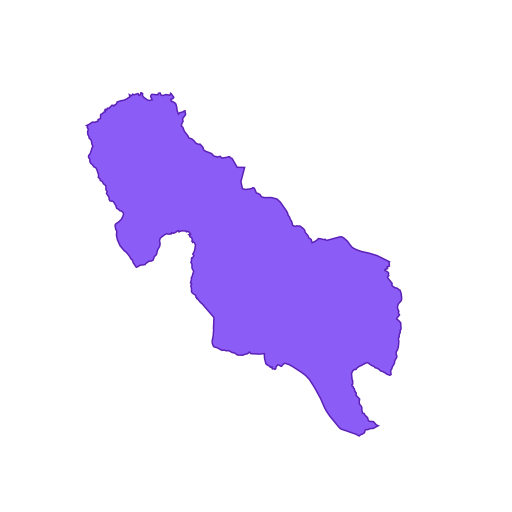 Chimbo, Bolivar, Ecuador (Albers equal-area conic projection), rotated 231°
{"feature_id": "8360857B60997464812695", "entity_name": "Chimbo", "entity_type": "district", "adm_level": 2, "iso_a3": "ECU", "parent_name": "Ecuador", "parent_adm1": "Bolivar", "projection": "albers", "projection_center": [-79.114, -1.677], "detail": "fine", "context": "isolated", "style": "filled", "palette": "violet", "viewbox_px": 512, "rotation_deg": 231, "n_neighbors": 0, "source": "geoboundaries", "source_scale": "gbopen_adm2", "svg_char_len": 6099}
<svg xmlns="http://www.w3.org/2000/svg" viewBox="0 0 512 512"><g transform="rotate(231 256 256)"><path d="M47.2,244.2L49.0,243.2L53.3,243.1L56.3,240.0L58.0,240.0L60.3,241.0L63.6,240.5L65.6,240.9L66.5,240.1L67.0,240.1L69.1,241.0L71.7,242.9L73.0,243.3L75.5,243.2L76.4,243.6L77.7,244.4L79.6,246.5L85.0,246.1L85.7,247.2L86.8,247.8L87.8,247.5L88.4,248.0L89.0,247.8L91.0,248.9L91.6,248.7L93.2,249.2L95.0,249.0L95.5,249.4L95.6,250.7L96.9,251.4L97.5,252.2L100.1,253.3L104.6,256.3L105.8,258.8L106.0,260.8L104.9,262.3L105.4,263.6L105.3,266.6L104.5,269.5L104.3,271.8L103.9,272.2L103.9,273.7L102.8,275.7L98.3,276.9L95.9,278.2L94.2,278.3L92.5,279.5L90.2,280.4L88.4,280.4L87.5,281.2L84.4,282.6L81.9,283.3L79.0,285.0L78.9,286.4L82.2,288.5L82.7,290.1L84.4,292.9L84.9,294.8L85.7,296.3L87.1,297.6L88.7,301.6L89.5,302.4L92.0,303.5L93.2,304.5L94.0,306.8L95.7,309.3L99.5,313.1L102.4,314.8L103.0,316.4L104.4,317.4L106.1,320.3L107.3,320.9L107.9,322.7L113.0,326.4L115.9,326.3L118.5,325.7L119.1,326.7L119.9,330.5L122.0,330.7L123.2,332.2L126.6,333.2L128.4,335.0L129.3,337.0L129.8,340.5L130.8,342.0L131.9,342.9L135.5,345.2L138.7,346.4L139.4,346.0L141.8,345.6L144.2,343.9L147.0,343.1L147.7,343.2L148.9,344.4L149.6,344.6L155.6,344.6L156.8,344.9L157.1,345.3L157.1,346.8L158.7,347.4L159.2,348.3L160.6,348.3L163.8,347.1L164.3,347.7L163.4,350.3L164.5,350.6L165.1,351.1L164.2,352.6L164.3,353.4L167.4,355.5L167.5,356.1L180.2,350.3L187.0,345.7L193.0,340.9L197.7,338.0L201.9,336.2L205.9,336.1L209.8,336.4L214.6,335.6L216.8,334.8L218.1,333.3L223.5,321.0L224.2,320.5L225.4,320.3L226.1,319.0L228.9,316.9L230.4,315.3L230.0,314.5L230.2,311.1L231.0,307.9L234.2,309.3L236.6,308.5L239.3,309.2L243.4,309.1L245.6,310.1L248.2,309.9L251.7,309.0L252.5,307.8L253.7,306.8L254.2,305.5L254.9,304.6L256.8,303.8L260.2,305.4L263.3,305.8L264.9,306.5L267.7,306.7L269.0,307.4L271.4,308.0L282.5,308.8L287.0,308.2L291.8,304.7L295.8,299.6L298.1,297.7L298.8,297.5L301.2,297.8L303.5,296.9L304.4,296.1L305.0,296.0L308.7,297.1L309.8,297.3L310.8,296.8L311.1,296.4L310.8,295.9L312.1,293.3L314.3,289.7L316.8,287.8L323.3,291.1L332.0,302.9L336.8,297.2L346.9,298.8L347.7,298.2L349.7,297.9L350.4,297.2L351.2,295.1L353.5,291.3L354.1,290.9L355.8,291.0L356.5,290.0L357.3,288.1L358.6,287.5L359.2,286.7L360.9,285.9L362.3,286.2L364.3,285.6L368.7,283.0L370.7,282.2L372.0,282.2L373.1,282.9L374.4,283.2L378.2,282.9L378.7,281.9L380.3,280.8L382.4,280.2L384.0,280.4L387.4,279.8L390.1,278.1L392.0,278.7L397.9,278.8L402.0,280.1L404.0,279.8L405.7,281.9L406.5,284.0L408.5,285.1L409.1,285.9L410.1,290.0L410.8,290.7L413.1,291.8L413.4,292.2L413.9,291.4L414.1,289.5L415.3,287.1L415.2,285.0L418.8,286.3L421.3,287.9L424.3,289.3L425.5,289.4L428.5,288.5L429.3,287.5L431.4,288.4L430.6,290.5L431.1,292.0L435.4,292.2L436.2,292.0L435.2,290.8L435.3,290.1L438.1,287.7L439.2,284.9L440.0,284.0L441.3,283.4L442.9,284.1L443.2,283.9L443.8,282.6L443.1,281.1L447.1,276.9L447.0,275.6L446.1,274.4L442.8,273.6L444.0,270.9L445.9,269.7L450.6,268.5L452.5,268.8L453.2,270.0L454.9,269.8L455.3,269.2L454.3,267.6L454.0,266.4L454.6,266.1L456.4,266.5L456.6,266.3L458.0,262.8L459.4,261.9L459.0,260.7L459.1,259.9L461.0,259.1L459.2,258.3L458.9,257.8L459.4,256.7L459.3,254.6L459.7,253.7L459.8,252.3L461.9,248.2L463.1,245.0L462.2,243.6L462.0,241.8L462.5,240.6L462.1,239.9L463.3,239.5L463.8,238.9L463.3,234.8L464.4,233.5L463.5,232.1L464.5,231.6L464.8,230.9L464.4,230.2L463.4,230.1L463.0,229.6L463.6,228.1L463.3,226.5L463.7,224.3L460.8,221.7L460.7,220.9L461.5,219.3L460.5,218.3L460.2,217.6L460.9,216.6L461.2,215.0L462.5,213.8L463.1,212.7L463.4,208.8L464.0,206.4L463.0,206.8L461.9,205.6L460.1,205.5L458.5,203.3L456.3,201.8L454.2,201.4L452.5,200.5L449.9,200.9L446.0,198.8L444.0,198.4L443.4,196.9L439.8,191.5L439.5,189.5L439.0,188.7L437.9,187.9L435.6,187.7L433.8,186.2L431.9,185.9L429.3,186.4L427.6,186.0L425.5,187.0L424.1,186.9L418.2,184.8L416.3,182.9L414.2,183.3L412.7,182.5L410.8,183.4L408.3,182.9L404.9,183.5L402.0,181.1L399.6,180.9L398.8,179.2L394.0,178.7L392.6,177.6L391.1,177.2L390.4,177.4L388.8,179.0L387.9,179.4L383.6,178.8L380.6,177.7L378.9,178.6L377.2,178.6L375.1,179.9L372.9,180.0L371.4,178.9L369.3,174.7L368.9,171.5L369.2,167.1L368.6,165.8L365.1,163.8L362.8,163.4L360.1,160.7L355.8,158.5L349.5,156.8L343.5,156.9L340.5,157.5L336.2,157.6L332.2,157.0L330.3,157.3L328.0,156.3L322.6,155.9L322.0,157.6L321.8,160.1L319.2,164.2L319.6,166.5L319.4,167.0L319.4,169.1L317.8,171.9L317.6,173.6L319.5,176.6L319.7,179.5L322.5,183.1L324.2,187.3L325.9,189.2L328.8,190.8L329.9,192.5L330.2,194.1L330.0,198.3L329.6,200.5L328.3,201.5L326.5,204.0L327.2,205.1L326.1,205.7L325.4,206.6L324.9,209.1L324.8,211.3L324.6,211.6L323.2,211.3L322.7,213.3L321.7,214.9L319.5,217.2L318.5,217.2L317.8,218.9L314.3,219.0L313.9,218.6L314.8,217.3L313.6,217.3L312.4,216.8L310.9,217.5L310.2,217.4L309.7,217.0L308.4,216.7L308.0,215.5L307.5,215.7L306.4,215.4L306.3,216.3L305.6,216.5L302.8,216.0L299.9,212.9L298.4,210.9L297.2,208.0L295.8,208.1L295.3,207.7L294.5,205.4L295.0,205.0L294.9,204.5L292.9,202.9L292.1,201.4L290.0,201.1L287.1,198.8L286.1,198.4L283.6,198.0L283.0,197.6L282.2,196.1L280.4,193.7L279.9,192.1L278.6,191.3L276.9,189.0L276.7,188.5L276.4,188.2L274.8,188.4L273.8,186.5L271.6,185.6L268.7,183.3L266.9,183.3L263.7,184.3L263.0,184.3L261.8,183.4L260.5,183.8L260.2,183.2L258.9,183.6L254.9,183.6L252.3,184.1L234.6,184.6L226.3,177.2L224.6,176.2L224.3,175.6L220.8,172.4L218.0,168.9L216.1,167.3L213.6,166.3L211.8,166.2L209.1,168.1L204.2,170.1L202.8,172.1L201.1,173.2L199.5,175.3L196.1,176.7L193.8,178.5L190.8,179.2L187.1,183.4L186.9,184.8L185.4,187.9L185.5,190.5L183.4,190.5L177.8,196.7L174.9,201.0L171.2,198.3L166.2,195.9L164.7,196.0L161.6,197.3L160.5,197.1L159.7,198.6L158.4,197.7L157.9,197.7L157.3,198.8L156.0,199.4L156.0,200.4L157.3,202.0L157.7,204.4L156.9,205.2L154.5,206.0L154.2,206.4L154.7,208.8L154.6,210.5L154.3,211.1L150.9,213.3L146.7,215.0L136.2,218.4L131.7,219.4L126.5,219.8L116.8,218.7L104.2,216.4L94.9,213.8L91.1,213.1L85.2,212.6L70.9,212.7L68.7,212.9L67.5,213.5L54.8,221.4L51.2,222.9L51.3,224.7L50.6,226.9L50.4,229.1L51.8,230.9L52.0,232.0L50.7,233.6L50.0,236.1L48.2,238.6L47.2,244.2Z" fill="#8b5cf6" stroke="#5b21b6" stroke-width="1.5"/></g></svg>